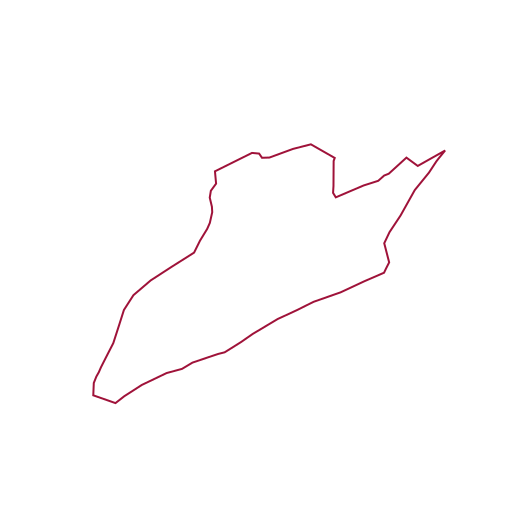 Efon, Ekiti, Nigeria, rotated 232°
{"feature_id": "59680162B55690925628014", "entity_name": "Efon", "entity_type": "district", "adm_level": 2, "iso_a3": "NGA", "parent_name": "Nigeria", "parent_adm1": "Ekiti", "projection": "equal_earth", "projection_center": [4.932, 7.679], "detail": "fine", "context": "isolated", "style": "outline", "palette": "rose", "viewbox_px": 512, "rotation_deg": 232, "n_neighbors": 0, "source": "geoboundaries", "source_scale": "gbopen_adm2", "svg_char_len": 1055}
<svg xmlns="http://www.w3.org/2000/svg" viewBox="0 0 512 512"><g transform="rotate(232 256 256)"><path d="M192.1,238.1L188.0,255.6L186.2,264.6L184.4,273.3L176.6,296.4L175.3,300.2L169.4,325.8L164.0,346.6L165.9,350.4L169.0,357.0L187.1,364.9L192.1,374.9L192.6,375.9L198.9,394.8L210.2,421.7L215.2,443.6L219.5,456.3L220.3,459.4L222.7,470.0L227.4,438.9L240.9,435.1L239.1,411.3L240.5,406.5L240.0,398.6L242.8,391.0L245.3,384.3L253.1,355.0L258.3,355.6L263.4,360.1L283.1,375.7L284.8,378.4L310.2,368.0L317.6,351.1L325.3,327.2L329.7,321.2L334.8,321.5L339.7,316.3L348.0,275.8L337.6,269.1L335.2,260.6L330.5,255.5L322.0,251.6L317.5,248.5L310.5,240.0L307.4,234.2L302.6,221.4L296.8,209.3L299.4,183.0L301.6,158.0L300.6,135.3L294.8,118.7L285.9,105.7L275.2,89.9L268.3,75.0L263.8,65.4L261.2,60.6L259.3,56.0L255.8,50.0L246.4,42.0L226.6,54.7L226.6,65.9L225.9,73.3L224.7,86.6L218.8,113.5L212.6,128.2L211.1,140.3L205.4,156.6L202.1,165.9L199.4,172.0L197.4,191.2L197.0,198.6L196.6,205.6L193.2,232.6L193.0,234.3L192.1,238.1Z" fill="none" stroke="#9f1239" stroke-width="2"/></g></svg>